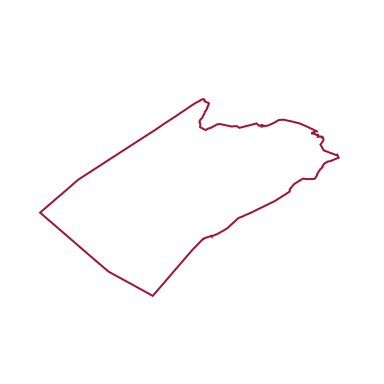 Øyer nor, Oppland, Norway (Natural Earth projection), rotated 159°
{"feature_id": "86288312B79344664474428", "entity_name": "Øyer nor", "entity_type": "district", "adm_level": 2, "iso_a3": "NOR", "parent_name": "Norway", "parent_adm1": "Oppland", "projection": "natural_earth1", "projection_center": [10.395, 61.327], "detail": "fine", "context": "isolated", "style": "outline", "palette": "rose", "viewbox_px": 384, "rotation_deg": 159, "n_neighbors": 0, "source": "geoboundaries", "source_scale": "gbopen_adm2", "svg_char_len": 5191}
<svg xmlns="http://www.w3.org/2000/svg" viewBox="0 0 384 384"><g transform="rotate(159 192 192)"><path d="M126.6,237.5L128.2,238.0L131.7,239.0L132.4,239.5L133.2,240.0L133.9,240.4L135.6,241.6L136.3,242.0L138.0,243.1L139.3,244.0L139.5,244.1L140.1,244.5L141.6,245.5L144.0,246.1L145.1,246.0L146.3,245.8L147.6,245.6L147.9,245.6L148.5,245.6L148.8,245.5L149.1,245.5L149.5,245.4L149.6,245.5L151.2,245.2L151.7,245.2L152.0,245.2L152.2,245.3L152.6,245.2L152.8,245.2L153.0,245.2L153.6,245.4L153.9,245.4L154.2,245.4L155.1,245.2L155.9,245.2L156.1,245.1L156.3,245.1L157.1,244.9L157.7,245.8L158.8,246.6L159.1,247.1L159.4,247.7L160.1,248.5L160.5,248.7L160.8,249.1L161.2,249.5L161.2,249.9L160.9,250.4L160.6,250.9L160.1,251.7L160.0,252.8L159.7,253.3L159.7,253.6L160.0,253.9L160.0,254.3L159.8,254.8L159.7,254.9L159.5,255.1L159.3,255.4L159.3,255.6L159.2,255.8L158.9,256.1L158.4,256.3L158.0,256.6L157.7,256.8L156.6,257.3L155.9,257.6L155.5,257.9L155.1,258.3L154.9,258.5L154.3,259.1L154.2,259.3L154.0,259.5L153.8,259.6L153.3,259.9L153.0,260.3L152.6,260.5L152.4,260.7L152.2,261.0L151.7,261.6L151.4,261.9L151.3,262.1L151.2,262.3L151.0,262.5L150.8,262.6L150.5,262.7L150.0,262.9L149.9,263.0L149.7,263.2L149.4,263.4L149.0,263.7L148.8,263.9L147.8,264.6L147.7,264.9L147.5,265.1L147.5,265.3L147.5,265.5L147.2,265.8L146.6,266.2L146.6,266.3L146.5,266.5L146.1,266.7L145.7,267.0L145.6,267.3L145.5,267.5L145.4,267.6L145.1,267.8L144.9,267.9L144.9,268.0L144.7,268.4L144.5,268.6L144.5,268.9L144.6,269.1L145.0,269.4L145.1,269.7L145.2,269.9L145.3,270.0L145.6,270.1L146.4,270.8L146.6,271.1L146.9,271.2L147.2,271.4L147.2,271.5L147.2,271.8L147.2,272.0L147.3,272.3L147.4,272.5L147.6,272.7L147.9,272.9L147.8,273.1L147.5,273.2L147.4,273.2L147.3,273.3L147.4,273.6L147.6,274.3L148.4,274.7L148.9,274.8L149.3,274.8L149.5,274.9L151.8,274.6L152.1,274.2L153.3,274.2L155.2,274.1L155.8,274.0L160.1,273.2L163.2,272.5L164.0,272.3L164.5,272.2L166.2,271.8L168.7,271.2L172.7,270.3L179.8,268.6L193.7,265.7L197.6,264.7L200.6,264.0L202.7,263.5L207.4,262.5L239.9,255.7L294.2,244.2L309.3,238.6L320.7,234.6L327.5,232.1L329.2,231.5L341.2,227.2L339.2,223.4L338.3,221.7L326.7,200.1L311.8,172.2L305.9,161.3L298.4,147.5L281.9,128.1L265.9,109.1L248.4,118.5L213.0,137.5L209.8,139.0L198.8,144.1L198.6,144.1L198.5,143.9L198.3,143.8L198.2,143.9L198.3,143.9L198.0,144.1L198.0,144.3L197.9,144.3L197.8,144.2L197.6,144.2L197.3,144.2L197.1,144.3L196.7,144.3L196.3,144.4L196.1,144.5L195.8,144.4L195.7,144.4L195.4,144.4L195.0,144.4L194.8,144.3L194.4,144.3L194.1,144.2L193.7,144.2L193.1,144.2L192.8,144.2L192.6,144.2L192.2,144.1L191.9,144.1L191.7,144.1L191.2,144.1L190.9,144.1L190.3,144.3L190.2,144.2L190.0,143.9L190.0,144.0L189.8,144.0L189.6,143.9L189.4,144.0L189.3,143.9L189.2,143.8L189.0,143.7L188.9,143.7L183.4,143.7L176.8,144.7L172.0,145.5L168.4,147.0L160.2,150.2L159.4,150.5L158.2,151.0L157.1,151.1L154.4,151.0L151.1,151.3L143.4,151.6L140.7,151.9L135.2,152.4L133.5,152.5L122.8,153.5L120.0,153.7L118.3,153.8L116.0,154.3L115.0,154.5L110.5,155.4L110.1,155.5L109.8,155.6L109.6,155.6L108.5,155.8L103.4,156.8L102.9,157.0L100.8,157.4L100.7,157.4L100.3,157.9L100.3,158.3L100.2,158.4L100.0,158.9L100.0,159.0L99.6,159.6L99.4,159.6L99.2,159.9L98.6,160.0L98.4,160.3L97.9,160.5L97.5,160.8L97.0,161.0L95.3,162.0L94.6,162.3L94.3,162.6L93.9,162.7L93.8,162.8L93.5,162.9L93.0,162.9L92.6,163.0L92.1,163.2L89.4,163.7L86.7,164.2L83.5,164.7L82.1,163.9L80.5,163.1L78.3,162.1L75.8,161.3L73.7,160.6L72.5,160.4L69.9,162.3L69.7,162.5L69.4,162.8L69.4,163.0L69.2,163.4L68.9,163.6L68.7,163.9L68.5,164.0L68.4,164.1L68.0,164.3L67.8,164.4L67.5,164.7L67.4,164.9L67.2,165.1L67.0,165.3L66.8,165.5L66.2,165.8L65.7,166.2L65.1,166.4L64.4,167.2L61.5,168.2L61.3,168.3L61.3,168.5L61.3,168.8L61.0,169.2L60.9,169.4L60.4,169.6L59.6,170.2L59.2,170.5L58.8,170.8L58.5,171.1L55.9,171.5L55.6,171.4L55.0,171.6L54.0,171.8L52.5,171.3L52.2,171.3L51.4,171.2L51.0,171.1L50.8,171.1L50.6,171.2L50.5,171.3L50.2,171.2L50.0,171.3L49.9,171.3L42.8,171.5L43.0,174.8L44.0,174.7L54.1,183.6L54.6,186.9L54.8,188.3L54.9,189.2L54.9,189.3L55.1,190.2L54.0,190.9L51.0,192.9L50.8,193.2L50.4,194.2L50.2,195.4L50.9,196.1L50.4,196.3L50.8,196.9L51.3,196.7L51.5,197.3L52.0,197.8L53.8,198.2L54.3,198.3L54.7,198.4L54.6,198.5L54.2,198.6L54.0,198.9L53.9,199.3L54.1,199.5L53.9,200.2L54.5,200.4L55.4,200.7L56.1,201.6L56.3,201.8L56.8,202.5L57.0,202.5L57.4,202.8L57.6,202.9L58.0,203.0L58.0,203.3L58.0,203.5L58.4,203.8L58.8,203.8L58.7,204.0L58.6,204.3L56.1,204.2L54.9,204.3L54.6,204.3L54.0,204.1L53.7,203.9L53.7,204.0L54.5,204.8L55.4,205.7L56.2,206.6L56.8,207.2L57.5,207.9L58.6,209.0L59.1,209.6L61.6,212.2L65.0,215.6L66.1,216.6L67.7,218.1L69.4,219.2L71.3,220.5L71.7,220.8L73.4,222.0L75.4,223.2L75.8,223.5L78.8,225.5L80.3,226.5L82.4,227.3L83.0,227.4L84.9,228.1L90.3,227.3L92.4,227.1L96.8,226.8L97.4,226.9L102.3,227.9L103.5,228.1L103.3,228.4L102.7,228.5L103.1,228.9L102.3,228.9L102.1,229.1L102.2,229.3L102.6,229.4L102.9,229.5L103.2,229.4L103.5,229.4L103.9,229.6L104.4,229.8L104.8,229.7L105.2,229.7L105.6,229.7L105.7,229.9L105.9,230.4L106.7,231.9L107.3,233.0L109.3,233.1L109.9,233.2L114.8,233.7L115.5,233.8L116.9,234.0L118.2,234.1L118.6,234.2L119.1,234.3L119.8,234.3L120.4,234.4L124.7,234.9L126.6,237.5Z" fill="none" stroke="#9f1239" stroke-width="2"/></g></svg>